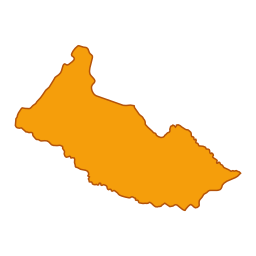 map outline of Caquetá (orthographic projection)
{"feature_id": "COL-1403", "entity_name": "Caquetá", "entity_type": "Intendancy", "adm_level": 1, "iso_a3": "COL", "parent_name": "Colombia", "parent_adm1": "", "projection": "orthographic", "projection_center": [-73.824, 1.133], "detail": "fine", "context": "isolated", "style": "filled", "palette": "amber", "viewbox_px": 256, "rotation_deg": 0, "n_neighbors": 0, "source": "natural_earth", "source_scale": "10m", "svg_char_len": 5434}
<svg xmlns="http://www.w3.org/2000/svg" viewBox="0 0 256 256"><path d="M67.1,65.0L68.6,64.5L72.5,61.5L74.0,59.8L74.3,59.0L74.0,57.7L73.0,56.6L71.9,55.9L71.5,54.8L71.7,53.9L72.3,52.5L73.2,50.9L75.2,48.3L77.0,46.7L77.6,46.1L78.0,45.9L78.8,45.7L83.3,47.1L85.4,47.4L86.3,47.6L87.1,48.1L87.7,48.7L88.1,49.3L89.4,52.7L90.1,53.7L91.0,54.5L91.8,55.2L92.4,56.1L92.4,57.7L89.9,67.7L89.6,70.0L89.5,71.4L89.7,73.0L90.1,74.3L90.9,75.5L93.6,78.5L94.3,79.5L94.8,80.5L94.8,81.4L94.5,82.2L93.8,83.2L92.8,84.2L92.0,85.4L91.5,86.8L91.5,88.3L91.9,90.4L92.9,92.6L94.4,94.6L96.2,95.8L123.1,105.3L124.4,105.4L126.1,105.5L130.4,105.1L134.1,105.7L134.4,107.0L134.5,107.6L139.1,114.2L139.9,115.0L142.2,116.8L142.8,117.5L143.5,118.8L144.1,119.6L144.6,120.3L145.1,121.8L145.2,122.4L145.2,123.5L145.4,124.5L147.7,127.1L152.2,131.2L153.5,132.7L155.1,133.2L155.6,133.6L156.0,134.1L156.2,134.8L156.7,135.5L157.5,136.1L158.5,136.7L160.9,137.5L161.8,137.4L162.5,137.3L163.2,137.1L163.8,136.7L164.2,136.4L164.8,135.3L165.8,134.6L166.8,133.5L167.5,132.9L168.9,132.3L169.5,131.9L169.8,131.4L169.9,130.7L170.0,130.2L169.8,129.4L169.9,128.9L170.2,128.1L170.4,127.3L170.5,126.9L171.1,126.1L171.4,126.0L171.8,125.9L172.2,125.8L172.5,125.6L172.6,125.2L172.9,125.1L173.5,125.3L174.2,125.7L174.8,126.5L175.5,127.1L176.5,125.5L176.5,125.1L177.6,124.9L178.1,124.8L179.6,125.4L180.3,125.8L181.6,126.9L185.3,129.3L186.4,129.7L187.9,129.9L188.5,130.2L190.6,132.1L191.0,132.8L191.2,133.7L191.3,135.1L191.5,135.8L191.7,136.4L192.2,136.8L192.9,136.8L193.5,137.1L193.9,137.9L194.0,139.3L194.2,139.6L194.7,139.8L195.2,139.7L195.5,139.3L195.8,139.3L196.2,140.2L196.1,140.9L195.9,141.7L195.8,142.5L196.3,142.9L197.6,143.4L198.0,143.8L198.8,145.6L199.2,145.9L202.2,146.2L203.1,146.3L205.1,147.1L205.5,147.4L205.7,147.8L205.9,148.3L206.0,148.7L206.4,149.0L208.3,149.2L209.1,149.6L209.6,150.6L209.8,152.4L210.2,153.2L210.9,153.7L211.2,153.6L211.4,153.2L211.7,153.0L212.5,153.5L213.0,154.2L213.3,154.9L213.3,155.6L212.8,156.2L212.8,157.3L214.3,158.4L216.1,159.5L217.1,160.4L217.0,161.1L216.8,161.9L216.6,162.6L216.9,163.2L217.6,163.2L218.9,162.2L219.6,162.4L220.1,163.2L220.4,164.0L221.0,164.6L222.0,165.0L222.5,165.4L223.5,167.0L224.0,167.6L228.6,169.7L230.9,171.2L231.4,171.2L231.9,170.9L232.6,170.7L233.1,170.7L233.8,171.0L234.2,171.1L234.7,171.0L236.2,170.6L236.6,170.7L237.7,171.4L239.3,171.9L240.6,173.2L237.6,176.2L235.3,177.6L226.9,181.2L224.0,183.2L222.3,185.2L221.8,187.1L221.1,188.5L220.2,189.5L218.7,190.1L217.0,190.4L210.8,190.4L209.4,190.5L208.3,191.1L206.6,192.7L204.1,194.1L203.5,194.8L202.1,197.1L201.2,198.2L200.2,199.3L199.4,200.5L199.1,201.9L199.1,203.5L199.2,204.8L199.2,205.1L199.0,205.9L198.4,206.5L197.3,207.4L195.3,207.8L193.7,206.8L192.3,205.4L190.9,204.5L189.7,205.0L188.3,206.2L186.1,208.7L185.5,209.7L185.1,210.3L184.4,210.3L183.2,209.8L182.1,209.1L177.3,205.2L176.0,204.7L174.7,204.9L173.0,206.0L169.9,206.6L164.8,203.2L162.0,205.1L161.0,206.2L159.9,206.5L158.7,206.5L157.2,206.9L155.4,206.7L153.6,205.4L151.9,203.7L150.4,202.6L149.6,202.3L149.2,202.4L148.8,202.8L148.0,203.2L147.0,203.4L145.0,203.3L143.0,203.5L139.6,202.9L139.0,202.6L138.6,202.0L138.1,200.6L137.7,200.3L137.2,200.2L136.7,200.3L136.2,200.3L135.8,200.2L135.7,200.1L135.5,199.9L135.4,199.6L135.6,198.8L135.5,198.4L135.2,198.2L134.7,198.1L133.1,197.2L132.3,196.8L131.7,196.8L130.4,197.5L129.8,197.8L129.0,197.8L125.5,197.1L122.0,196.1L119.8,195.2L118.8,194.5L117.4,192.8L114.9,190.9L114.1,190.5L113.3,190.7L112.6,191.1L111.7,191.0L111.4,190.7L111.2,189.8L111.0,189.5L110.6,189.3L110.3,189.3L110.1,189.3L109.6,189.3L109.2,189.4L108.8,189.6L108.5,189.7L108.0,189.4L107.6,189.0L107.4,188.6L107.0,187.2L107.0,186.9L106.9,186.5L106.6,186.1L106.2,185.7L104.5,184.9L103.6,184.7L102.0,185.3L101.3,185.3L100.9,184.8L100.8,184.1L100.6,183.4L99.9,183.1L99.2,183.3L98.7,184.7L98.1,185.0L97.3,184.9L96.9,184.6L96.5,184.4L95.7,184.6L95.0,184.7L94.0,184.6L93.2,184.3L92.5,183.9L92.3,183.5L92.0,182.5L91.7,182.2L91.4,182.0L91.0,182.0L90.7,182.0L90.0,181.9L89.6,181.9L89.3,181.8L89.1,181.1L89.0,180.4L88.9,180.0L88.4,179.0L88.4,178.7L88.7,178.4L89.3,177.2L89.5,176.9L89.4,176.7L88.5,176.4L87.9,175.9L88.0,175.4L88.4,174.9L88.7,174.3L88.4,172.5L87.3,171.1L85.7,170.3L80.6,169.3L77.7,167.7L75.8,167.1L75.4,166.6L75.2,165.0L74.6,163.0L74.5,162.3L74.7,159.3L74.2,158.0L72.5,157.7L71.6,157.9L71.2,158.0L70.8,157.9L70.6,157.6L70.5,156.9L70.4,156.6L69.7,156.3L69.3,156.3L68.1,156.8L66.6,157.2L65.6,156.8L64.9,155.9L64.3,154.3L64.2,153.5L64.5,152.0L64.4,151.3L64.1,150.5L63.1,149.2L62.7,148.5L62.6,148.1L62.7,147.2L62.6,146.7L62.2,146.3L61.7,146.0L60.6,145.5L59.7,145.3L57.1,145.6L53.3,145.4L51.5,144.7L48.7,141.8L46.9,140.9L44.9,140.7L41.7,140.9L40.9,140.9L40.1,140.6L39.3,140.1L38.4,139.6L36.6,139.5L35.8,139.0L33.3,136.1L32.8,135.0L32.7,134.3L32.7,133.7L32.5,133.1L31.8,132.6L31.1,132.4L29.4,132.6L28.5,132.5L27.3,132.0L26.7,131.9L26.1,132.0L21.6,128.0L21.1,127.9L19.4,128.2L17.3,127.8L16.5,127.3L16.0,126.7L15.4,125.6L15.4,125.1L15.9,119.2L16.0,118.6L16.9,117.4L17.2,116.7L17.5,115.2L18.5,112.9L20.6,109.7L21.4,108.5L22.2,107.9L25.1,108.4L27.4,108.5L28.5,108.6L29.7,108.5L30.6,108.0L31.4,107.2L32.2,106.3L33.0,105.5L35.4,103.8L36.0,103.2L36.6,102.1L37.5,101.0L40.5,97.8L42.7,94.8L45.7,90.3L49.2,87.2L52.6,81.7L54.0,79.4L55.0,77.5L56.0,76.7L58.1,75.2L58.6,74.9L60.3,73.1L60.9,72.1L61.5,70.8L63.0,65.7L63.6,64.6L64.2,64.1L64.7,63.9L65.2,64.1L66.5,64.8L67.1,65.0Z" fill="#f59e0b" stroke="#b45309" stroke-width="1.5"/></svg>